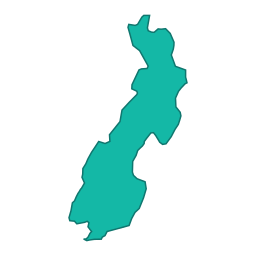 Moungo, Littoral, Cameroon (Albers equal-area conic projection)
{"feature_id": "32672807B47378783864223", "entity_name": "Moungo", "entity_type": "district", "adm_level": 2, "iso_a3": "CMR", "parent_name": "Cameroon", "parent_adm1": "Littoral", "projection": "albers", "projection_center": [9.759, 4.725], "detail": "fine", "context": "isolated", "style": "filled", "palette": "teal", "viewbox_px": 256, "rotation_deg": 0, "n_neighbors": 0, "source": "geoboundaries", "source_scale": "gbopen_adm2", "svg_char_len": 1528}
<svg xmlns="http://www.w3.org/2000/svg" viewBox="0 0 256 256"><path d="M83.6,239.0L86.8,240.6L89.4,240.0L94.4,239.3L101.3,239.2L102.3,237.1L105.0,235.6L107.1,231.5L129.1,225.5L131.7,218.5L135.0,212.4L139.2,208.5L143.5,197.9L146.2,188.8L145.1,181.8L137.0,178.7L133.5,175.4L132.4,172.1L132.7,161.4L136.1,155.4L137.7,150.5L140.1,148.1L142.4,146.0L144.1,143.6L144.3,141.5L146.7,138.2L150.9,132.9L153.5,132.7L155.7,135.5L158.2,139.6L159.7,142.2L162.6,144.4L166.0,143.8L171.2,136.7L175.0,129.4L178.3,124.4L179.7,120.1L180.6,117.0L180.9,115.9L180.2,112.3L175.9,106.9L175.5,98.1L178.5,91.3L181.1,88.0L184.7,84.2L185.2,83.7L187.0,82.8L186.1,79.0L185.6,77.2L185.6,70.0L175.4,66.3L171.3,55.0L173.3,49.1L173.9,45.5L174.0,42.3L173.7,41.5L170.2,33.4L165.6,28.7L161.1,29.2L158.1,28.9L154.2,32.3L151.7,32.2L148.2,30.7L147.4,27.9L148.0,24.4L149.6,15.4L143.8,15.4L141.9,17.1L137.6,24.4L135.2,25.4L128.8,24.4L128.0,27.3L129.8,33.7L133.0,45.5L139.6,50.6L148.2,66.1L147.1,68.5L141.4,68.9L139.0,69.9L132.0,84.7L131.8,88.8L136.8,91.2L137.4,93.0L136.9,94.5L129.4,102.1L122.0,110.1L120.0,121.6L109.5,134.7L109.9,141.4L105.1,143.5L98.7,141.5L95.1,147.0L91.5,152.4L88.3,158.2L87.7,159.4L85.9,163.7L82.9,168.5L82.7,174.2L82.0,177.3L84.5,183.0L81.5,188.3L80.6,189.2L79.1,191.8L78.0,193.4L77.4,194.6L76.4,196.5L74.5,200.9L72.4,202.8L71.0,210.7L69.0,217.7L69.8,220.7L74.5,221.2L76.8,223.8L84.7,222.3L87.2,221.3L88.9,222.7L88.0,226.8L90.0,229.5L91.6,231.5L90.0,233.3L88.0,237.2L86.1,239.0L83.6,239.0Z" fill="#14b8a6" stroke="#0f766e" stroke-width="1.5"/></svg>